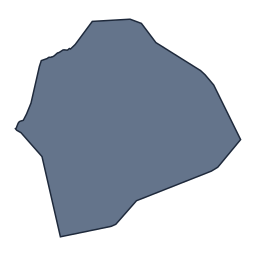 Saint Thomas, orthographic projection
{"feature_id": "BRB-1999", "entity_name": "Saint Thomas", "entity_type": "Parish", "adm_level": 1, "iso_a3": "BRB", "parent_name": "Barbados", "parent_adm1": "", "projection": "orthographic", "projection_center": [-59.606, 13.184], "detail": "fine", "context": "isolated", "style": "filled", "palette": "slate", "viewbox_px": 256, "rotation_deg": 0, "n_neighbors": 0, "source": "natural_earth", "source_scale": "10m", "svg_char_len": 734}
<svg xmlns="http://www.w3.org/2000/svg" viewBox="0 0 256 256"><path d="M130.1,19.2L141.4,23.4L155.9,42.6L200.7,70.7L205.1,74.8L213.7,85.0L240.6,139.6L217.8,167.2L211.4,171.1L136.5,200.7L115.8,224.3L111.3,226.3L60.4,236.8L42.0,156.6L21.0,132.7L16.9,130.4L15.4,128.7L16.3,128.0L16.9,126.3L18.1,123.3L18.9,122.1L20.0,121.3L23.3,120.3L26.6,113.9L31.0,103.1L39.4,66.4L41.3,60.6L47.2,58.5L48.6,57.4L49.2,57.3L49.9,57.3L51.1,57.3L51.6,56.9L52.2,56.9L52.9,56.6L54.1,55.9L57.5,52.9L58.0,52.9L58.5,52.7L59.5,52.2L60.0,51.9L62.2,50.5L62.9,50.0L63.6,49.9L64.8,49.9L65.6,50.0L66.1,50.0L67.1,50.2L67.6,50.0L68.4,49.4L69.1,48.7L69.4,48.5L70.0,48.7L70.5,49.0L75.2,44.5L92.3,21.4L130.1,19.2Z" fill="#64748b" stroke="#1e293b" stroke-width="1.5"/></svg>